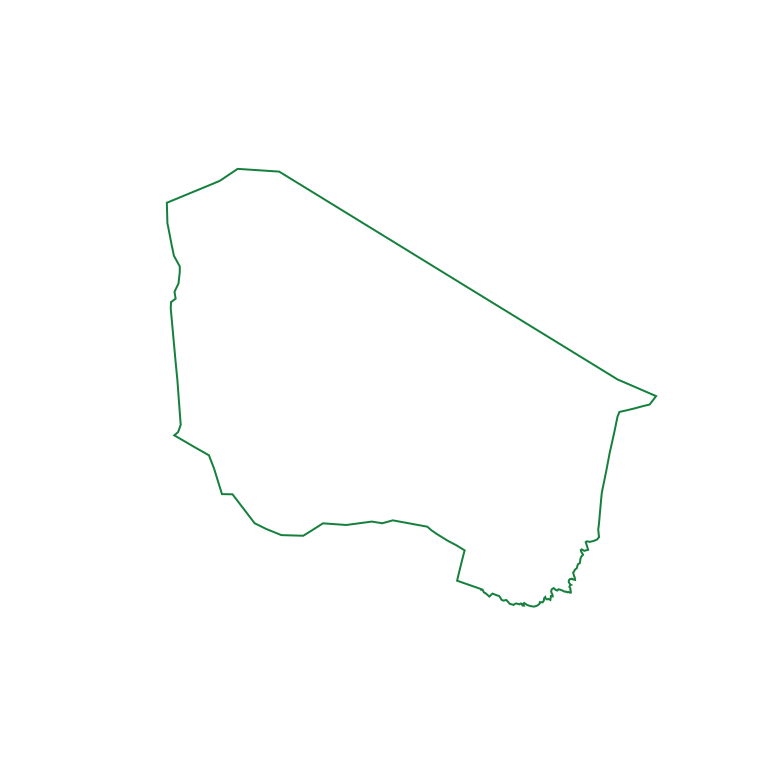 Santa Cruz Nundaco, Oaxaca, Mexico (Equal Earth projection), rotated 318°
{"feature_id": "50627088B37986701156918", "entity_name": "Santa Cruz Nundaco", "entity_type": "district", "adm_level": 2, "iso_a3": "MEX", "parent_name": "Mexico", "parent_adm1": "Oaxaca", "projection": "equal_earth", "projection_center": [-97.721, 17.155], "detail": "fine", "context": "isolated", "style": "outline", "palette": "green", "viewbox_px": 768, "rotation_deg": 318, "n_neighbors": 0, "source": "geoboundaries", "source_scale": "gbopen_adm2", "svg_char_len": 2218}
<svg xmlns="http://www.w3.org/2000/svg" viewBox="0 0 768 768"><g transform="rotate(318 384 384)"><path d="M578.1,575.1L560.6,536.9L510.7,367.9L482.5,272.2L448.2,156.0L419.2,126.2L397.7,123.1L343.9,104.0L330.6,119.6L329.0,122.4L318.9,139.1L315.9,144.4L313.7,148.0L310.9,160.0L307.0,164.3L298.5,171.8L290.0,175.3L286.2,181.2L280.6,180.6L276.1,185.1L263.7,201.7L243.8,228.3L233.4,242.4L205.6,278.3L200.7,281.0L198.6,282.0L193.8,281.8L200.8,303.7L206.2,319.9L201.0,333.4L189.9,357.4L197.6,364.6L194.7,400.9L199.5,413.0L206.6,427.6L222.4,442.7L233.4,444.7L245.4,446.7L261.6,463.5L282.9,478.1L289.6,486.4L299.3,491.2L320.7,519.0L321.4,524.6L322.8,530.5L326.5,543.2L329.8,552.1L332.6,561.6L326.0,565.9L312.9,574.8L306.7,579.1L318.9,601.3L318.5,602.0L319.6,602.7L318.8,605.7L319.5,607.6L320.1,612.5L323.5,612.3L324.4,612.4L326.6,616.8L327.6,618.3L327.6,619.9L327.2,621.7L327.0,623.2L327.8,624.9L330.4,626.4L330.4,631.6L331.3,632.9L332.4,634.9L333.8,634.9L335.4,635.5L337.2,638.4L338.7,638.6L339.2,639.3L338.7,641.3L339.7,642.3L340.2,640.7L341.6,640.5L342.6,644.2L344.2,647.0L346.6,649.9L349.5,651.2L352.7,651.4L353.8,650.4L355.8,652.4L357.9,651.9L359.6,650.4L361.3,650.2L360.7,651.6L360.9,653.1L362.4,653.8L363.1,655.8L366.2,653.3L367.3,654.7L368.3,653.2L368.8,651.1L369.6,649.8L371.3,648.8L373.5,649.2L373.9,652.3L374.7,653.5L375.6,653.3L376.4,653.4L377.9,655.8L379.4,659.4L380.3,660.0L380.9,661.5L382.0,662.0L382.5,663.5L383.3,664.0L384.3,662.8L384.7,661.6L385.7,660.8L385.9,659.9L386.0,658.8L386.8,658.4L387.8,658.1L388.6,658.4L388.3,657.3L388.5,656.2L388.7,655.2L389.1,654.3L390.7,653.4L391.9,653.5L393.0,654.8L393.4,654.6L393.9,655.9L394.9,657.4L396.3,655.4L396.8,653.8L398.4,650.7L400.1,650.4L401.3,649.8L404.3,649.8L406.2,648.4L407.7,647.7L409.6,648.2L411.5,646.7L412.8,645.5L415.2,644.3L417.7,644.1L418.2,641.1L419.1,639.1L420.3,639.2L421.2,642.0L424.8,643.8L428.1,636.5L429.4,636.6L431.3,639.0L434.5,640.8L436.8,641.6L438.5,642.2L441.0,641.6L441.3,641.7L445.8,635.5L449.9,632.0L457.0,625.4L470.7,612.7L473.3,610.4L490.5,597.7L505.9,586.0L522.1,574.5L522.5,574.2L523.6,573.4L535.7,564.5L540.3,562.3L548.1,566.7L554.3,570.0L561.8,573.8L567.6,577.0L578.1,575.1Z" fill="none" stroke="#15803d" stroke-width="2"/></g></svg>